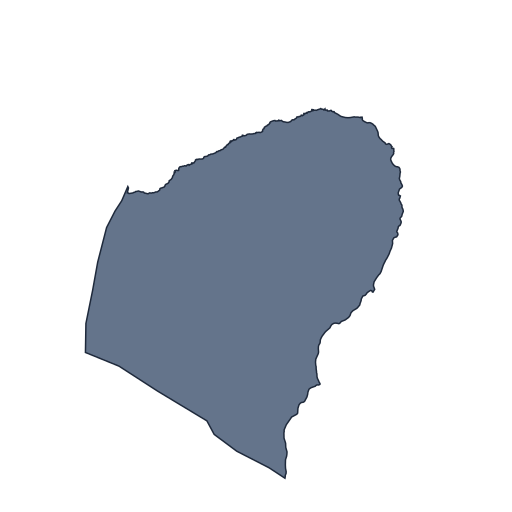 the district of South East Ambrym, Malampa, Vanuatu, rotated 303°
{"feature_id": "77236927B97442931027551", "entity_name": "South East Ambrym", "entity_type": "district", "adm_level": 2, "iso_a3": "VUT", "parent_name": "Vanuatu", "parent_adm1": "Malampa", "projection": "orthographic", "projection_center": [168.254, -16.302], "detail": "fine", "context": "isolated", "style": "filled", "palette": "slate", "viewbox_px": 512, "rotation_deg": 303, "n_neighbors": 0, "source": "geoboundaries", "source_scale": "gbopen_adm2", "svg_char_len": 6156}
<svg xmlns="http://www.w3.org/2000/svg" viewBox="0 0 512 512"><g transform="rotate(303 256 256)"><path d="M82.2,165.5L89.0,201.1L89.1,247.1L91.0,304.6L83.6,318.1L81.8,346.2L85.5,382.3L85.4,401.3L87.1,400.6L87.7,400.1L90.1,399.6L91.6,398.7L94.0,396.4L96.8,394.4L101.2,391.7L104.8,390.7L106.7,389.8L108.6,388.7L111.7,385.2L115.1,382.8L118.5,378.7L122.9,375.7L124.0,375.3L125.5,374.3L131.0,373.3L140.4,373.6L145.5,376.4L146.9,376.5L151.1,374.1L154.7,373.1L156.6,373.3L157.9,373.9L159.0,375.2L160.4,375.9L165.5,375.5L168.0,374.7L170.1,373.7L173.0,373.0L173.9,373.2L175.5,373.9L179.2,376.7L179.8,376.7L181.2,377.4L181.7,378.5L182.8,379.4L183.4,379.5L183.9,379.1L184.6,377.6L185.4,376.5L186.7,374.3L188.0,372.9L190.4,371.2L191.1,370.3L192.3,369.5L194.0,368.0L195.9,366.7L196.9,365.6L199.4,363.7L202.1,362.3L208.0,361.4L209.5,360.8L212.3,358.7L214.4,357.5L216.1,357.1L217.3,357.2L218.6,356.8L220.8,355.6L222.6,355.3L224.6,355.1L229.5,355.4L231.1,355.7L236.0,357.1L238.6,356.8L240.1,357.0L242.0,358.0L242.9,359.0L243.8,360.7L244.3,362.2L244.7,362.6L245.3,362.9L246.4,363.0L247.7,363.3L250.9,365.6L254.9,367.1L257.2,367.3L260.0,366.6L261.0,366.7L263.0,367.1L267.1,369.1L268.0,369.3L271.5,369.7L272.6,369.2L275.7,368.5L277.4,367.7L280.6,367.4L282.4,368.9L284.1,369.2L285.7,369.2L288.1,370.1L289.6,370.9L289.9,372.0L289.2,373.2L289.4,373.8L292.7,373.7L294.8,370.9L296.1,370.1L298.7,369.1L303.4,369.0L307.0,369.2L308.6,369.6L309.8,369.5L311.1,369.4L317.6,367.7L319.7,367.4L321.8,367.2L322.9,367.0L325.6,367.0L330.3,366.5L333.0,365.8L336.4,365.3L340.9,363.8L343.4,361.9L346.3,361.7L347.7,362.6L348.6,363.5L351.1,363.5L352.4,362.4L352.7,361.4L353.2,360.7L356.7,360.0L358.0,359.4L359.3,359.6L360.0,360.1L362.2,359.8L363.6,359.3L364.3,358.5L365.5,356.5L366.6,356.2L368.5,356.6L370.8,355.8L373.5,355.3L374.4,354.6L375.4,353.5L375.9,352.5L376.7,351.6L377.6,351.1L378.3,350.4L378.6,349.4L379.5,348.4L380.9,345.7L381.8,345.1L382.8,345.1L385.0,344.4L385.0,343.2L384.7,342.5L385.3,341.7L386.6,340.8L390.4,339.9L392.6,340.8L393.5,340.9L394.4,340.7L395.4,339.4L396.1,337.9L397.4,336.6L397.9,335.3L399.2,333.9L400.7,333.4L404.0,331.7L405.1,331.4L406.2,330.1L406.8,329.8L407.6,329.0L408.2,327.6L407.9,326.1L407.3,324.9L407.1,323.3L407.5,321.2L408.2,319.4L410.0,316.6L411.0,316.0L411.8,315.7L413.2,315.6L415.8,315.8L416.9,315.7L417.9,314.9L419.0,314.7L419.7,313.9L420.9,313.3L421.2,312.8L420.3,311.5L420.5,310.8L421.0,310.5L421.7,310.6L422.1,309.3L422.6,308.6L422.7,307.9L422.7,306.2L421.4,305.3L420.7,304.6L420.6,303.5L421.2,302.6L421.3,299.6L421.9,297.4L422.0,296.2L422.9,294.0L423.6,293.0L425.9,291.2L426.8,290.1L429.6,285.6L429.8,284.9L430.0,282.9L430.2,282.5L430.2,280.6L429.9,279.0L429.2,277.9L428.5,277.3L428.1,276.2L427.8,273.7L427.8,271.9L428.3,270.8L429.2,270.3L430.2,269.4L429.7,268.9L429.7,268.4L429.0,268.3L428.1,266.0L426.6,263.7L426.2,262.6L423.3,259.5L422.0,257.7L420.8,255.5L419.9,252.9L419.3,251.0L419.4,247.3L419.0,243.6L419.1,243.3L419.6,242.9L419.2,242.2L418.8,241.9L418.8,241.1L418.6,240.6L419.1,239.9L418.9,239.4L417.6,238.6L416.6,236.9L417.2,236.3L416.1,234.7L416.3,234.2L416.9,233.8L417.0,233.7L416.5,233.6L415.9,233.8L415.4,233.3L415.6,232.4L415.3,231.7L414.9,231.2L414.8,230.6L415.0,230.2L414.9,229.9L414.4,229.8L412.2,228.0L411.1,227.4L410.9,226.7L410.4,226.2L409.9,225.3L410.0,224.7L409.7,224.0L409.3,224.6L408.8,224.6L408.8,224.1L409.1,223.6L409.0,223.2L408.2,223.8L406.1,222.6L405.9,221.9L405.5,221.5L404.8,221.3L404.4,221.0L404.3,220.6L403.9,220.5L404.0,220.8L403.4,221.0L403.0,220.0L402.2,219.8L401.9,219.5L401.9,218.9L401.6,218.5L401.2,218.7L401.0,219.2L400.5,219.2L399.8,218.9L399.0,218.5L399.2,217.9L398.7,217.2L397.9,217.4L397.3,217.2L396.9,216.8L396.6,216.2L396.0,216.1L395.0,214.6L393.7,214.8L391.8,213.9L390.9,213.7L389.9,212.2L387.6,211.8L385.8,210.5L384.9,209.3L384.0,206.8L383.7,206.4L383.3,204.8L383.6,203.6L383.3,203.2L382.5,202.4L382.0,201.6L382.4,201.4L382.4,201.1L381.3,200.8L379.8,198.8L380.0,198.1L378.9,196.9L377.4,195.8L376.4,195.1L375.6,194.9L375.0,195.3L374.4,195.1L373.3,195.1L372.0,194.3L371.7,194.4L371.0,194.2L370.0,193.5L368.4,192.9L367.2,193.4L366.4,192.9L365.0,193.0L364.3,193.6L363.7,193.5L362.7,193.0L361.7,192.2L361.5,191.3L360.3,189.9L360.1,189.2L359.2,188.7L358.7,189.0L358.2,188.5L357.5,187.5L356.7,186.9L355.2,184.9L355.0,184.3L353.8,182.9L353.2,182.3L351.9,182.1L350.4,180.7L349.9,179.8L350.2,179.3L349.9,178.8L348.9,179.2L348.3,178.6L347.0,177.9L346.6,177.2L345.5,176.7L344.6,175.8L343.3,176.0L342.7,175.9L341.5,174.9L341.5,174.5L341.7,174.1L341.4,173.8L340.4,173.9L340.0,173.7L339.8,173.2L339.3,172.9L338.8,173.1L338.3,172.9L338.6,172.1L338.0,171.8L337.6,172.2L337.5,172.5L336.9,172.6L336.5,172.1L336.1,172.1L335.2,171.8L334.2,171.9L333.8,171.3L333.6,171.3L331.5,171.0L331.0,171.2L330.6,171.2L330.1,170.4L328.4,170.3L327.3,170.0L326.0,168.8L325.2,168.8L323.9,167.5L323.4,167.2L322.7,167.2L322.2,166.2L320.7,166.0L318.8,164.7L318.0,164.1L316.7,162.5L315.8,162.2L315.0,161.2L313.5,161.0L312.7,160.3L311.2,158.6L310.2,158.5L309.5,158.8L308.4,158.4L307.4,157.2L306.3,155.4L305.7,154.9L305.2,154.7L305.2,154.2L304.5,153.3L303.6,153.0L303.3,153.3L300.8,153.2L300.4,153.3L300.1,152.9L299.0,152.4L299.4,152.0L299.0,151.4L298.0,151.8L296.7,150.8L295.7,150.5L296.0,149.8L295.8,149.4L294.6,148.6L293.7,148.5L293.3,148.3L293.1,147.4L292.8,146.9L291.8,146.3L291.2,145.4L290.3,144.8L289.6,143.8L288.9,143.5L287.5,143.5L285.6,144.5L285.1,144.0L284.5,142.4L283.4,141.5L282.5,142.5L281.7,141.7L281.1,142.5L280.4,142.4L279.4,142.8L278.2,142.6L277.1,142.8L276.2,143.2L274.0,143.1L271.8,142.2L271.0,142.7L269.7,142.7L269.0,142.6L266.9,141.3L265.9,141.2L265.0,141.5L264.0,141.5L261.9,140.0L261.2,139.3L260.4,138.8L260.0,138.8L259.0,139.3L258.4,139.2L257.4,138.8L256.6,138.6L255.9,138.2L255.2,137.1L253.7,136.1L253.0,135.4L252.7,134.7L251.8,134.1L251.0,132.4L249.4,131.6L249.0,130.7L248.4,128.9L248.0,128.2L248.0,127.9L248.3,127.3L248.3,126.6L247.2,124.9L246.5,122.0L245.1,120.7L244.6,120.0L243.4,119.6L242.7,118.8L241.8,118.4L239.2,115.5L239.3,114.4L238.9,113.7L243.6,112.0L244.4,110.7L229.2,113.3L216.9,113.3L198.5,115.2L164.6,126.6L138.2,137.7L106.8,150.1L82.2,165.5Z" fill="#64748b" stroke="#1e293b" stroke-width="1.5"/></g></svg>